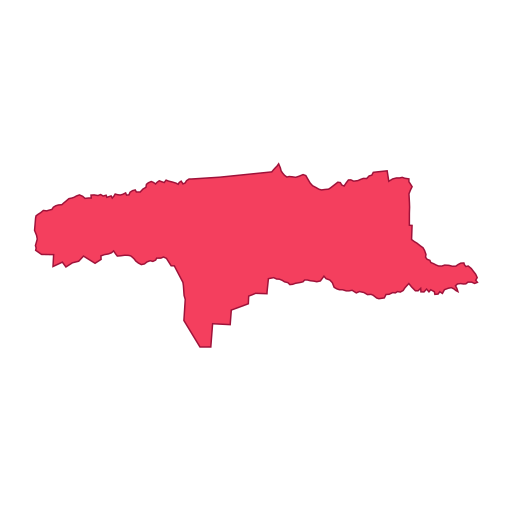 outline of Santa Cruz do Sul, Rio Grande do Sul, Brazil, rotated 272°
{"feature_id": "56859067B37224130569598", "entity_name": "Santa Cruz do Sul", "entity_type": "district", "adm_level": 2, "iso_a3": "BRA", "parent_name": "Brazil", "parent_adm1": "Rio Grande do Sul", "projection": "orthographic", "projection_center": [-52.406, -29.65], "detail": "fine", "context": "isolated", "style": "filled", "palette": "rose", "viewbox_px": 512, "rotation_deg": 272, "n_neighbors": 0, "source": "geoboundaries", "source_scale": "gbopen_adm2", "svg_char_len": 3716}
<svg xmlns="http://www.w3.org/2000/svg" viewBox="0 0 512 512"><g transform="rotate(272 256 256)"><path d="M348.9,275.4L346.6,273.9L344.9,272.3L342.9,270.6L340.6,268.8L333.5,217.0L330.7,188.9L330.6,186.4L328.8,183.9L326.6,182.7L325.5,180.5L328.2,178.6L326.8,176.7L324.9,175.7L326.0,173.6L327.0,169.9L327.8,166.0L328.7,163.5L326.2,161.7L326.9,159.3L327.8,156.7L326.2,154.6L324.5,153.1L325.9,151.0L326.8,148.7L325.4,145.8L323.8,144.0L320.8,143.6L319.0,140.7L315.9,138.0L315.8,134.2L317.8,133.0L317.0,130.3L315.3,127.9L312.7,126.9L312.3,124.5L314.5,123.5L312.9,120.5L312.2,118.2L312.4,115.7L313.0,113.1L311.0,112.0L308.9,110.3L311.0,109.1L309.4,104.9L311.5,104.1L310.6,101.1L312.0,98.6L310.9,96.0L311.4,92.1L311.1,89.0L308.2,89.3L308.1,86.5L307.6,83.1L309.6,80.7L310.9,77.4L309.7,74.4L308.4,72.3L307.5,70.0L306.8,67.0L304.3,64.3L302.3,62.0L300.5,60.2L300.1,56.7L299.2,54.1L297.7,51.8L295.4,50.4L294.6,47.6L293.8,45.2L294.1,41.9L291.8,39.3L290.1,36.8L288.5,34.8L286.3,34.4L273.9,33.8L268.9,36.0L265.3,36.8L261.5,35.9L258.7,35.2L256.3,36.0L254.0,35.6L250.1,41.6L250.3,53.7L238.4,53.5L243.1,62.7L238.4,66.4L242.8,72.8L244.6,79.0L249.9,83.6L243.1,95.4L247.2,101.3L250.7,101.0L252.1,104.5L252.9,108.4L254.2,111.5L256.1,113.5L253.0,115.8L251.1,117.4L251.5,120.8L252.2,124.8L252.2,128.3L251.8,130.7L250.4,132.6L248.8,134.4L246.8,136.0L244.9,138.6L243.4,141.7L244.2,144.8L246.3,147.3L247.6,150.4L247.0,153.1L248.4,155.8L250.4,156.8L250.6,161.1L251.8,163.6L250.5,166.6L243.3,171.5L243.3,174.7L227.1,183.9L223.7,184.5L214.1,185.5L210.2,186.8L189.0,186.2L163.1,203.2L163.5,214.0L186.8,215.0L186.5,232.6L201.1,233.2L208.0,250.0L215.7,250.1L217.1,253.5L218.7,256.9L218.7,268.3L220.8,268.3L233.8,269.2L235.0,274.4L233.7,277.5L233.7,280.1L232.6,283.1L231.2,285.4L230.5,288.8L228.6,290.8L229.0,293.6L230.1,296.4L231.1,301.2L231.9,303.9L233.7,305.4L233.8,308.3L233.2,311.0L232.9,314.8L232.4,317.6L233.3,321.2L238.2,324.6L235.8,326.8L234.6,330.6L232.0,333.2L227.4,335.2L225.9,338.1L225.2,340.6L225.3,343.7L224.3,347.4L224.4,350.1L225.1,353.3L222.6,357.5L224.1,360.6L223.3,365.1L221.3,368.8L221.7,372.3L220.9,374.4L218.2,378.1L217.6,380.3L218.6,385.7L222.1,387.3L222.4,390.4L224.2,393.9L224.0,396.6L225.4,398.6L225.0,401.5L226.7,404.3L229.2,405.8L231.3,407.5L233.8,409.7L230.4,412.7L226.8,416.5L226.9,419.2L229.4,421.7L225.9,422.1L226.0,425.2L228.9,427.6L226.2,430.1L228.4,431.8L226.5,435.5L223.9,436.1L224.3,439.3L226.7,440.9L225.1,443.6L228.9,445.5L230.5,449.3L231.2,452.3L230.0,455.0L228.5,456.9L227.5,459.0L230.8,457.8L233.2,456.4L235.1,458.3L235.6,461.4L235.3,464.4L235.5,466.7L237.3,468.8L237.4,472.5L236.2,475.4L237.4,478.2L239.5,476.4L242.1,477.8L245.4,476.2L248.4,473.7L251.0,471.6L253.4,468.4L252.8,466.1L254.4,464.7L256.3,464.0L256.0,460.9L254.6,458.4L252.8,456.0L252.6,452.7L253.4,449.1L253.5,444.9L252.4,441.9L252.4,438.7L253.3,436.3L254.5,433.8L255.6,430.9L257.7,429.9L258.7,427.1L260.7,425.5L263.5,425.8L267.5,424.2L270.1,422.6L272.0,419.7L274.4,416.5L276.0,413.6L277.9,410.9L292.0,410.9L292.1,408.2L304.2,407.8L310.1,407.8L314.5,407.5L323.5,406.7L325.5,407.4L327.4,408.1L330.7,409.6L333.2,407.9L335.6,406.2L338.4,406.1L338.9,401.9L339.7,399.4L339.0,396.7L338.9,393.6L337.8,389.9L335.3,386.1L345.7,384.1L344.3,374.2L343.7,370.3L340.8,368.9L340.0,366.3L337.3,363.9L337.3,360.6L336.3,358.1L334.9,355.2L334.2,351.0L335.4,348.1L335.2,345.7L332.1,343.5L329.0,341.6L329.9,339.3L332.3,337.7L332.6,335.2L326.6,328.0L325.3,326.1L324.9,322.6L324.3,319.2L324.9,316.6L326.4,313.8L328.2,310.1L330.9,307.5L333.1,306.1L335.3,304.7L338.1,303.0L339.0,300.2L337.3,296.4L336.0,292.9L336.4,289.6L336.6,286.4L336.0,284.1L337.6,281.7L339.9,279.6L342.0,278.1L344.8,277.3L348.9,275.4Z" fill="#f43f5e" stroke="#9f1239" stroke-width="1.5"/></g></svg>